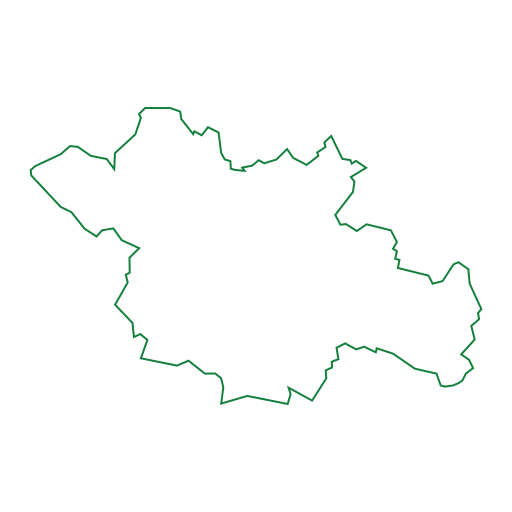 outline of Strumitsa, Strumitsa, North Macedonia
{"feature_id": "65306769B9612885815739", "entity_name": "Strumitsa", "entity_type": "district", "adm_level": 2, "iso_a3": "MKD", "parent_name": "North Macedonia", "parent_adm1": "Strumitsa", "projection": "natural_earth1", "projection_center": [22.651, 41.408], "detail": "fine", "context": "isolated", "style": "outline", "palette": "green", "viewbox_px": 512, "rotation_deg": 0, "n_neighbors": 0, "source": "geoboundaries", "source_scale": "gbopen_adm2", "svg_char_len": 1652}
<svg xmlns="http://www.w3.org/2000/svg" viewBox="0 0 512 512"><path d="M331.2,136.0L324.3,142.5L325.5,147.0L317.2,152.5L318.3,155.9L306.6,164.9L293.2,157.9L287.1,149.1L276.4,159.5L264.2,163.3L258.7,160.2L252.2,165.6L242.3,167.6L244.6,170.8L234.8,169.9L230.8,168.7L230.4,161.2L224.7,159.4L221.1,152.7L218.6,132.5L208.0,127.2L201.7,135.3L194.4,131.3L193.2,134.2L181.2,118.9L180.2,111.6L170.6,108.1L145.1,108.0L139.0,114.1L140.9,117.8L135.3,134.4L115.0,153.1L114.2,169.1L106.7,159.0L90.9,155.9L77.7,146.8L70.0,146.1L60.7,154.2L35.2,166.1L30.7,170.1L31.3,175.5L60.8,207.0L71.3,212.1L84.6,228.7L96.5,236.5L102.1,230.3L113.4,228.4L121.7,240.2L139.2,248.2L129.5,257.7L129.7,272.7L125.8,274.7L127.7,282.5L115.1,304.7L132.5,323.0L133.9,337.0L140.3,334.1L147.4,339.9L140.9,358.3L176.9,365.6L188.5,360.7L204.9,373.6L215.3,373.5L221.1,378.3L223.3,387.3L221.2,403.6L247.2,395.9L287.7,404.0L290.6,394.1L288.6,387.7L312.1,400.6L326.3,378.3L325.7,370.4L332.0,367.5L331.8,361.7L338.4,359.2L336.6,347.7L345.2,343.4L356.2,349.4L364.1,346.7L375.8,352.3L376.7,348.3L393.1,353.7L414.9,368.7L436.5,373.6L440.7,385.5L444.8,386.6L452.8,385.5L458.4,383.2L462.3,380.6L462.8,379.7L465.9,373.6L473.1,368.1L469.0,359.7L461.2,354.4L474.7,339.5L471.3,325.9L479.1,319.2L478.0,313.2L481.3,309.0L469.7,283.7L468.3,269.2L458.4,262.2L453.5,264.4L442.6,281.1L432.7,283.7L428.5,275.6L397.9,268.0L399.4,259.9L395.2,258.7L396.9,251.2L393.0,248.8L396.9,242.0L390.9,230.3L366.5,224.3L356.9,231.0L345.9,224.1L340.4,224.7L335.3,214.9L353.0,191.9L354.4,181.6L350.9,177.0L366.1,167.8L355.9,160.9L351.7,163.6L350.4,160.1L342.4,158.9L331.2,136.0Z" fill="none" stroke="#15803d" stroke-width="2"/></svg>